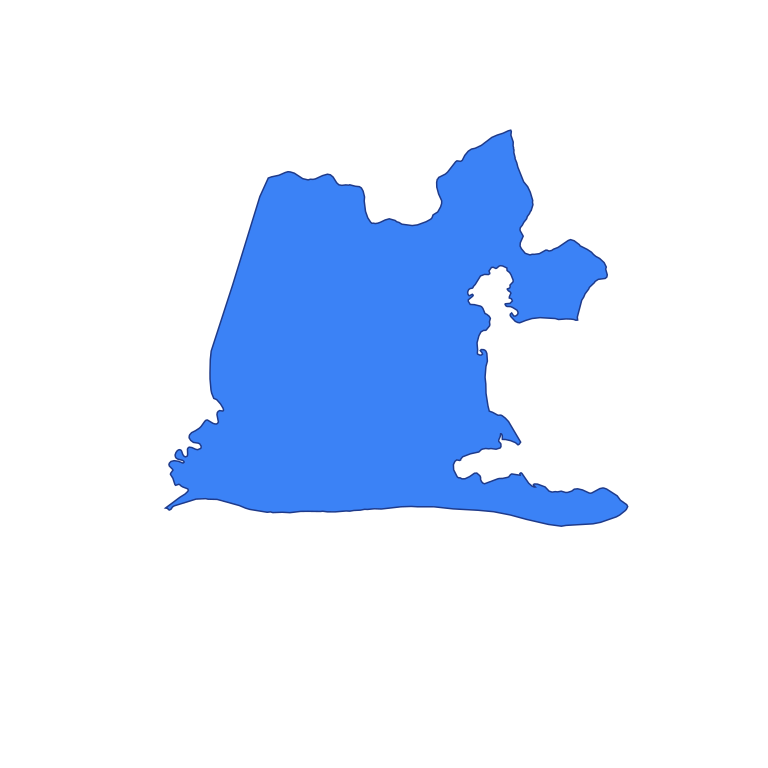 the district of Puerto Barrios, Izabal, Guatemala, rotated 148°
{"feature_id": "79465075B20471919033812", "entity_name": "Puerto Barrios", "entity_type": "district", "adm_level": 2, "iso_a3": "GTM", "parent_name": "Guatemala", "parent_adm1": "Izabal", "projection": "orthographic", "projection_center": [-88.506, 15.734], "detail": "fine", "context": "isolated", "style": "filled", "palette": "blue", "viewbox_px": 768, "rotation_deg": 148, "n_neighbors": 0, "source": "geoboundaries", "source_scale": "gbopen_adm2", "svg_char_len": 6171}
<svg xmlns="http://www.w3.org/2000/svg" viewBox="0 0 768 768"><g transform="rotate(148 384 384)"><path d="M142.0,532.1L144.5,532.9L150.2,533.6L156.0,535.1L161.9,536.0L175.0,534.8L181.7,535.6L185.4,536.9L189.2,536.8L194.3,535.1L199.1,532.2L201.0,532.2L203.9,534.6L205.5,534.5L217.8,530.0L220.7,529.5L228.3,530.2L229.2,529.5L230.4,529.3L232.5,527.1L234.9,523.0L237.0,516.2L238.0,508.8L239.5,506.5L242.2,504.2L247.3,501.4L252.8,501.4L255.2,499.5L257.1,499.0L262.3,499.3L271.3,501.2L276.1,503.4L284.2,510.1L285.6,513.0L287.2,514.8L287.9,516.8L292.0,521.3L296.1,522.5L301.5,523.1L304.1,523.7L306.4,524.7L307.6,525.9L309.1,526.7L309.6,528.3L309.7,533.5L308.2,540.2L303.8,549.7L301.4,552.9L299.5,558.6L299.3,562.2L300.3,564.4L303.5,566.9L307.5,571.1L308.5,571.3L310.9,573.1L314.5,574.8L316.7,576.8L317.5,579.7L317.5,586.5L318.6,589.8L320.8,591.9L325.7,593.3L333.5,594.3L335.7,595.1L338.0,596.7L340.2,597.3L344.1,601.2L348.3,610.3L351.0,613.4L352.9,614.9L355.7,615.7L362.5,616.7L369.7,619.3L373.0,620.0L390.0,608.7L460.0,548.1L513.1,503.5L518.4,496.7L525.5,485.9L528.9,480.4L533.9,470.6L535.0,467.6L536.0,462.0L534.2,459.5L533.2,453.7L533.3,448.8L533.9,446.9L534.6,446.5L535.3,446.7L537.5,448.6L539.2,448.6L540.6,448.0L541.9,446.5L544.6,439.5L546.1,438.8L547.4,438.9L548.7,439.9L549.9,441.3L552.8,447.0L554.0,447.6L555.6,447.4L561.6,444.9L563.9,444.4L568.6,444.3L573.0,444.7L575.7,443.9L576.7,443.1L577.8,441.6L577.8,438.6L576.6,435.5L572.9,432.3L572.0,430.9L572.0,428.2L572.9,426.9L573.6,426.5L576.8,427.0L578.3,428.4L580.6,431.9L582.7,433.7L584.3,433.5L585.2,432.9L587.8,428.4L588.7,427.4L589.3,427.1L591.0,427.4L591.8,428.5L592.0,430.8L591.2,434.3L591.3,435.6L592.1,436.6L593.1,437.0L594.6,437.0L596.8,436.1L598.8,434.5L599.5,432.7L599.5,431.3L598.7,429.6L595.2,425.9L594.7,424.4L594.9,423.7L595.8,423.4L596.6,423.7L599.3,427.4L602.6,430.2L605.7,431.2L608.0,430.6L609.1,429.6L609.5,428.1L608.5,423.6L608.6,422.8L612.3,421.3L613.0,420.5L613.0,415.9L614.6,409.5L614.4,408.5L611.2,407.7L610.6,407.0L610.1,405.0L609.2,403.3L606.0,399.1L606.2,397.7L607.3,396.9L611.0,396.1L617.2,396.1L635.0,394.6L633.5,393.2L633.3,391.6L632.7,390.8L630.9,390.7L628.5,391.8L626.4,391.8L604.4,386.0L595.9,381.2L594.3,379.6L586.7,374.6L571.1,357.6L567.2,352.1L564.3,348.8L551.0,337.1L548.0,335.7L546.5,333.9L538.3,329.2L531.9,324.7L522.3,320.2L515.9,316.3L505.5,309.6L503.4,308.6L499.9,305.7L493.3,301.5L483.4,296.4L480.4,294.3L476.5,292.7L470.8,289.5L466.8,288.0L464.5,286.4L458.3,283.3L452.5,279.4L434.7,270.9L425.7,265.7L420.9,262.3L406.7,253.4L391.6,241.5L371.3,227.2L358.7,217.6L346.3,206.0L335.0,193.8L319.0,177.8L308.9,169.4L304.5,167.6L280.9,154.7L273.6,151.9L257.3,148.2L253.5,148.0L246.5,148.8L244.8,149.3L242.3,150.9L242.1,153.0L245.1,160.2L245.5,165.6L250.9,177.0L252.5,179.0L253.4,179.8L256.3,180.9L265.5,181.5L266.9,182.0L267.8,182.9L271.8,189.0L275.3,192.5L278.4,194.0L281.5,193.7L285.6,194.7L287.4,195.7L290.5,199.2L294.1,200.6L295.8,202.0L298.7,203.2L300.8,205.7L301.9,211.3L306.8,217.7L309.2,219.4L310.5,219.6L310.8,218.8L310.3,216.5L311.2,217.0L312.6,219.0L313.9,223.2L314.4,235.0L314.9,236.1L316.2,236.1L316.9,234.5L323.3,240.0L324.7,240.1L327.5,239.1L328.8,239.4L333.5,241.1L336.3,242.8L337.8,243.3L351.6,246.1L352.6,247.4L353.0,249.4L352.8,251.6L351.5,253.8L351.3,255.4L352.5,259.3L354.6,260.4L360.5,260.1L365.5,260.7L368.1,262.2L369.1,264.0L370.6,265.1L371.1,266.5L370.4,274.3L367.9,278.8L364.9,280.8L362.6,281.1L360.3,279.0L359.2,279.0L359.0,279.5L355.9,280.6L347.7,279.0L339.6,276.1L336.1,276.8L334.6,276.5L331.9,275.4L329.5,273.5L327.5,272.6L323.5,269.3L319.3,268.2L318.0,268.9L316.7,271.1L316.6,271.8L317.1,274.5L316.4,275.7L313.1,278.0L311.5,280.0L311.0,279.7L310.8,279.0L311.0,277.6L313.0,274.3L310.2,272.4L306.6,268.8L303.6,264.6L302.6,261.4L301.2,261.3L298.9,262.3L298.3,286.2L299.2,290.8L300.6,294.5L301.4,295.7L303.9,297.1L306.9,302.4L309.1,305.2L307.4,310.4L302.4,322.1L297.7,330.0L294.7,336.2L288.3,344.8L284.2,348.6L280.6,355.4L280.2,357.8L280.6,359.4L281.5,360.5L283.3,361.7L284.7,361.3L284.3,358.6L284.6,357.1L286.1,357.0L287.4,357.7L288.8,359.8L288.4,360.9L286.6,363.2L283.3,369.6L278.0,374.6L274.2,376.8L271.1,376.7L269.7,375.8L268.7,375.6L263.6,377.4L262.7,378.4L261.6,380.9L259.0,383.3L258.9,385.7L259.9,388.6L261.0,390.3L260.1,395.7L260.3,397.8L261.0,399.0L265.3,403.4L268.7,405.8L268.7,409.5L267.9,410.7L262.6,411.4L261.6,411.7L261.3,412.2L261.6,413.3L264.5,413.6L265.0,413.8L265.2,414.4L265.2,415.8L264.3,417.7L262.2,419.2L260.4,419.3L258.4,418.5L257.5,418.6L256.6,419.3L253.8,420.1L244.9,424.5L240.7,423.7L237.5,421.5L235.9,421.5L235.5,422.1L235.1,424.2L231.1,425.9L229.5,425.1L228.0,422.8L227.2,422.5L223.8,423.0L222.5,422.6L220.9,421.3L218.3,417.3L219.5,415.0L218.4,411.9L218.4,409.4L219.4,403.7L220.3,402.3L224.8,401.1L225.2,400.0L226.1,399.1L226.7,398.8L229.0,399.3L229.3,398.9L229.1,397.0L228.3,395.7L228.2,393.8L231.3,391.7L232.2,390.6L230.8,388.7L231.1,386.4L234.4,385.6L238.3,387.6L238.8,387.7L239.2,387.2L239.1,385.4L238.5,384.5L235.7,382.6L234.3,380.6L232.1,376.1L232.3,374.0L233.0,372.8L234.2,372.1L236.6,371.9L237.9,372.9L238.1,376.6L239.9,376.3L240.7,375.1L240.7,373.7L239.5,367.6L238.0,365.3L236.5,364.0L230.1,362.8L223.8,361.1L216.5,357.6L204.1,348.8L201.8,346.2L195.1,342.7L191.1,340.0L188.9,338.2L187.5,336.4L185.9,335.6L184.6,338.3L171.9,350.3L168.7,351.8L165.7,353.9L160.2,356.0L158.6,357.1L151.7,358.5L150.8,359.1L146.8,359.2L140.5,356.3L138.4,356.6L137.8,357.2L136.8,358.3L135.1,364.0L133.5,365.4L133.0,370.3L134.6,376.2L136.8,380.1L137.7,382.9L138.2,385.8L140.3,390.4L144.5,397.3L144.5,398.7L146.8,404.7L149.3,407.6L151.7,408.1L164.0,407.6L168.8,408.5L171.0,408.4L173.6,409.3L174.8,411.1L175.9,411.8L183.2,412.2L187.8,414.3L189.6,415.5L191.8,416.1L192.3,416.7L195.0,420.0L195.8,425.9L195.5,428.9L193.6,431.5L187.6,435.6L187.3,441.6L187.0,442.7L185.6,444.3L182.5,445.4L179.8,447.0L175.5,448.5L173.7,450.1L170.4,451.4L168.2,452.9L167.4,453.0L162.7,457.1L161.8,459.4L160.6,460.9L158.3,469.2L157.6,475.2L158.4,481.5L155.6,496.9L154.2,501.2L153.4,505.8L152.9,506.4L151.2,511.6L149.7,513.7L149.6,514.8L149.0,515.4L148.3,517.6L146.2,520.7L144.5,527.8L142.2,530.7L142.0,532.1Z" fill="#3b82f6" stroke="#1e3a8a" stroke-width="1.5"/></g></svg>